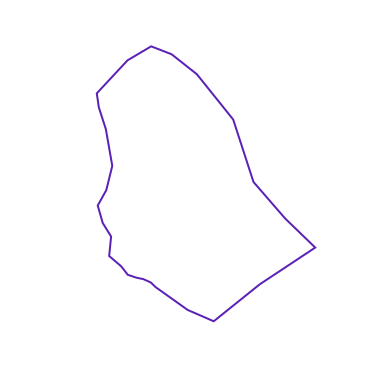 SVG path tracing the border of Mežica, rotated 213°
{"feature_id": "SVN-970", "entity_name": "Mežica", "entity_type": "Municipality", "adm_level": 1, "iso_a3": "SVN", "parent_name": "Slovenia", "parent_adm1": "", "projection": "mercator", "projection_center": [14.856, 46.525], "detail": "fine", "context": "isolated", "style": "outline", "palette": "violet", "viewbox_px": 384, "rotation_deg": 213, "n_neighbors": 0, "source": "natural_earth", "source_scale": "10m", "svg_char_len": 477}
<svg xmlns="http://www.w3.org/2000/svg" viewBox="0 0 384 384"><g transform="rotate(213 192 192)"><path d="M58.4,212.5L84.9,151.5L103.4,95.4L131.4,90.7L170.7,92.4L177.3,93.7L185.5,92.4L191.8,89.9L200.8,87.6L210.9,91.1L226.6,93.2L235.6,110.6L250.0,117.4L263.7,129.3L264.9,146.9L273.1,170.5L298.5,197.8L316.3,212.3L325.6,222.9L317.8,267.3L305.6,291.9L284.1,296.4L252.0,293.4L196.9,275.2L145.9,233.9L99.4,220.5L58.4,212.5Z" fill="none" stroke="#5b21b6" stroke-width="2"/></g></svg>